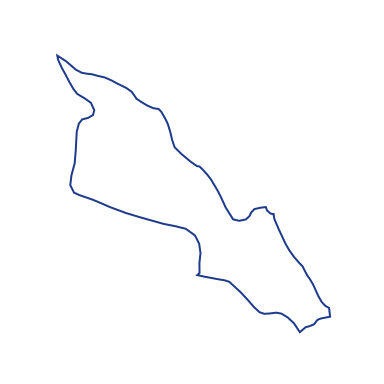 outline of Doutsita, Gabon, rotated 172°
{"feature_id": "22940354B92057182831829", "entity_name": "Doutsita", "entity_type": "district", "adm_level": 2, "iso_a3": "GAB", "parent_name": "Gabon", "parent_adm1": "", "projection": "equal_earth", "projection_center": [11.621, -2.919], "detail": "fine", "context": "isolated", "style": "outline", "palette": "blue", "viewbox_px": 384, "rotation_deg": 172, "n_neighbors": 0, "source": "geoboundaries", "source_scale": "gbopen_adm2", "svg_char_len": 1584}
<svg xmlns="http://www.w3.org/2000/svg" viewBox="0 0 384 384"><g transform="rotate(172 192 192)"><path d="M306.4,345.8L306.2,341.5L303.5,332.6L301.2,326.7L298.3,318.5L295.1,310.5L292.0,305.1L284.6,299.1L279.7,294.4L277.4,286.6L279.3,282.0L284.7,279.8L290.6,279.2L294.5,275.5L297.7,267.9L299.8,257.4L301.3,249.5L304.2,236.7L309.1,225.2L311.6,215.7L308.9,207.8L304.3,204.8L290.3,197.6L275.2,188.4L260.0,180.2L245.6,173.6L224.6,164.4L213.4,160.5L203.4,156.5L195.1,148.6L192.1,139.8L192.1,130.2L194.6,120.4L195.8,110.8L198.3,109.0L192.6,106.8L186.3,104.7L177.4,101.7L171.7,99.9L167.6,97.9L163.8,93.3L157.5,85.6L151.7,77.2L146.7,69.5L141.9,63.6L137.4,61.3L132.2,60.9L125.5,60.8L120.3,59.1L114.6,54.4L109.2,47.6L106.4,41.7L104.7,38.2L98.1,42.4L94.5,42.7L89.4,44.1L85.6,47.9L82.1,48.8L72.6,49.3L72.4,58.1L75.9,60.8L78.9,65.1L81.4,71.4L84.9,83.4L87.6,89.8L89.4,93.1L91.4,98.7L92.9,103.1L95.7,106.9L99.9,113.3L103.8,120.8L106.7,128.0L109.1,136.0L111.2,142.8L114.2,153.8L114.3,158.9L115.2,158.9L117.5,159.9L120.3,163.4L121.0,166.8L126.3,166.9L132.5,166.4L135.9,163.8L138.7,159.9L142.6,157.3L149.2,156.9L155.1,159.2L158.0,165.7L160.8,172.0L164.3,183.7L166.6,190.2L171.4,201.7L174.4,207.0L178.5,213.0L181.0,216.2L183.6,217.0L189.4,222.5L197.1,231.0L202.9,238.6L204.4,246.0L205.1,253.9L206.5,262.8L208.4,268.8L211.4,276.0L213.6,278.9L218.5,280.3L224.6,284.1L229.9,288.4L234.0,292.1L236.2,296.6L237.8,299.6L242.5,304.1L250.6,309.6L256.2,313.7L262.3,317.5L269.3,320.2L274.4,322.4L280.7,324.1L284.7,325.5L289.9,329.2L298.6,339.1L306.4,345.8Z" fill="none" stroke="#1e3a8a" stroke-width="2"/></g></svg>